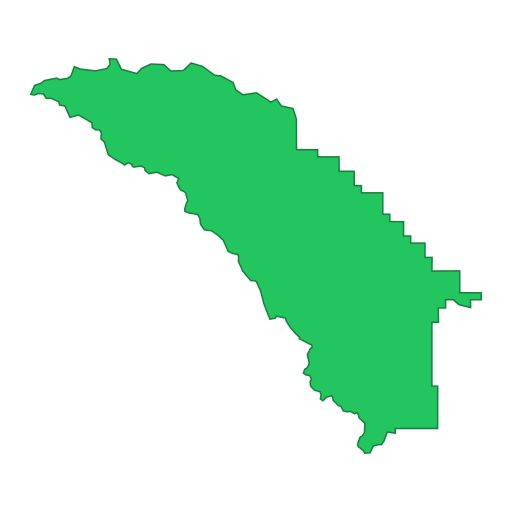 Mineral, Montana, United States of America (Mercator projection)
{"feature_id": "52423323B81681385267576", "entity_name": "Mineral", "entity_type": "district", "adm_level": 2, "iso_a3": "USA", "parent_name": "United States of America", "parent_adm1": "Montana", "projection": "mercator", "projection_center": [-115.085, 47.096], "detail": "fine", "context": "isolated", "style": "filled", "palette": "green", "viewbox_px": 512, "rotation_deg": 0, "n_neighbors": 0, "source": "geoboundaries", "source_scale": "gbopen_adm2", "svg_char_len": 2409}
<svg xmlns="http://www.w3.org/2000/svg" viewBox="0 0 512 512"><path d="M74.3,66.7L71.0,75.9L67.8,78.3L59.6,79.6L56.7,78.1L44.6,80.5L40.7,83.4L34.6,85.4L30.7,94.4L34.3,95.0L38.2,93.6L43.5,93.9L46.2,98.3L51.2,98.3L58.9,101.8L59.5,105.0L65.0,106.1L70.0,117.4L78.5,115.0L92.0,122.8L92.2,127.6L95.8,129.9L99.0,129.7L101.4,132.5L100.9,138.9L104.5,142.2L108.2,154.6L115.1,159.4L122.6,163.5L124.5,165.0L128.4,162.7L132.1,164.6L132.2,166.2L133.7,167.1L141.1,166.0L144.6,167.8L145.1,170.5L149.0,173.7L156.8,172.2L165.2,175.9L172.0,174.6L178.7,178.5L176.9,182.8L179.2,188.0L181.2,190.5L182.8,190.8L185.6,192.8L187.8,200.7L186.5,202.7L184.7,209.0L185.0,211.4L189.2,213.0L197.8,214.5L199.9,218.7L200.5,224.2L204.3,229.8L211.6,230.8L217.8,235.2L223.3,240.2L226.0,246.4L228.1,251.3L232.6,253.5L237.7,254.4L238.7,256.7L238.4,261.4L242.8,271.2L250.9,280.7L253.7,280.6L256.4,281.6L260.8,291.5L263.9,303.8L266.1,309.5L269.9,319.2L275.3,318.2L276.5,316.2L285.6,318.1L286.2,321.0L290.6,327.9L296.4,334.4L299.7,337.3L299.3,338.7L309.0,343.8L311.5,344.7L312.3,347.2L310.3,348.7L307.3,354.9L309.2,362.4L308.6,365.6L306.5,368.4L304.7,369.3L303.4,373.2L305.9,374.9L309.6,375.5L311.5,379.3L310.1,381.5L310.6,386.2L314.5,390.2L319.8,391.6L321.2,394.8L320.3,398.8L322.8,400.8L326.6,397.1L331.5,395.7L332.7,397.1L333.1,400.3L338.3,405.6L341.0,406.3L343.3,411.0L347.4,411.8L350.6,411.4L354.6,413.8L357.0,412.7L357.8,413.3L359.2,418.0L364.9,423.3L364.4,432.8L362.2,436.0L360.1,437.1L357.5,444.4L358.4,446.8L363.6,450.8L364.7,453.2L370.1,452.8L373.3,446.0L378.1,444.6L381.5,444.7L384.1,440.7L387.3,432.1L388.3,432.1L395.3,433.2L395.3,428.5L437.6,428.5L437.7,386.1L431.9,386.2L431.9,322.3L438.5,322.3L438.3,307.9L445.6,308.0L445.6,299.7L453.3,299.7L458.8,304.6L470.6,307.6L470.5,299.8L481.3,299.8L481.2,292.8L459.8,292.7L459.7,270.9L431.9,271.0L432.1,257.4L425.0,257.4L425.0,243.1L410.7,243.1L410.7,236.0L403.6,236.0L403.6,221.7L389.8,221.6L389.8,214.2L382.8,214.2L382.8,192.8L361.4,192.8L361.4,185.6L354.2,185.6L354.2,171.3L339.1,171.3L339.0,156.9L317.6,156.9L317.6,149.7L296.5,149.6L296.4,119.1L293.0,108.5L281.3,105.9L276.7,99.1L270.9,102.1L256.5,92.8L243.0,94.8L235.8,89.9L233.1,82.5L220.8,75.9L214.5,75.2L202.3,66.3L191.1,63.0L183.2,70.6L170.8,71.0L163.8,64.6L151.0,64.0L141.7,68.3L136.8,73.6L121.3,69.2L116.4,59.1L109.2,58.8L110.2,64.4L106.7,68.6L95.6,70.9L80.0,69.0L74.3,66.7Z" fill="#22c55e" stroke="#15803d" stroke-width="1.5"/></svg>